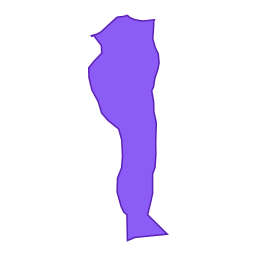 the border of Al Jabal al Akhdar
{"feature_id": "LBY-2982", "entity_name": "Al Jabal al Akhdar", "entity_type": "Municipality", "adm_level": 1, "iso_a3": "LBY", "parent_name": "Libya", "parent_adm1": "", "projection": "robinson", "projection_center": [21.714, 32.008], "detail": "fine", "context": "isolated", "style": "filled", "palette": "violet", "viewbox_px": 256, "rotation_deg": 0, "n_neighbors": 0, "source": "natural_earth", "source_scale": "10m", "svg_char_len": 825}
<svg xmlns="http://www.w3.org/2000/svg" viewBox="0 0 256 256"><path d="M91.3,35.7L97.1,34.1L101.1,31.8L116.5,17.7L118.0,17.0L122.8,16.6L127.3,15.4L130.1,17.7L134.4,19.5L139.3,20.6L143.5,21.0L154.4,19.8L153.8,21.2L153.5,28.7L152.7,38.5L155.2,47.4L158.3,54.1L159.1,62.9L157.8,69.5L154.9,78.2L153.5,87.0L151.7,90.8L153.6,101.3L153.9,111.8L156.3,122.8L155.7,142.1L155.9,154.3L155.0,167.5L152.6,174.0L152.6,193.4L150.7,202.1L147.6,214.8L167.3,234.2L153.1,235.6L135.0,237.4L127.4,240.6L126.9,214.8L123.7,212.0L121.1,206.4L117.1,191.9L117.5,178.1L121.6,167.7L122.5,156.2L121.8,140.2L118.8,129.1L108.1,120.5L101.7,113.2L98.2,101.6L91.9,89.9L89.0,77.7L88.7,67.8L94.4,60.8L101.7,53.2L101.4,45.5L95.0,37.2L94.3,35.7L94.1,35.7L93.2,35.8L92.3,36.3L91.5,36.2L91.3,35.7L91.3,35.7Z" fill="#8b5cf6" stroke="#5b21b6" stroke-width="1.5"/></svg>